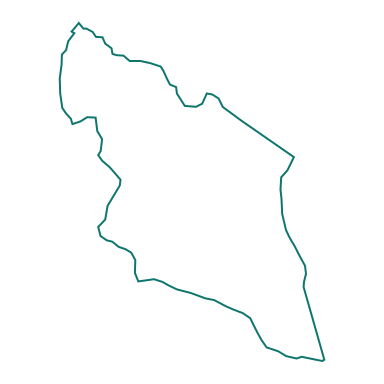 Apsiou, Limassol, Cyprus (Robinson projection), rotated 90°
{"feature_id": "46923920B22530470704850", "entity_name": "Apsiou", "entity_type": "district", "adm_level": 2, "iso_a3": "CYP", "parent_name": "Cyprus", "parent_adm1": "Limassol", "projection": "robinson", "projection_center": [33.025, 34.799], "detail": "fine", "context": "isolated", "style": "outline", "palette": "teal", "viewbox_px": 384, "rotation_deg": 90, "n_neighbors": 0, "source": "geoboundaries", "source_scale": "gbopen_adm2", "svg_char_len": 1420}
<svg xmlns="http://www.w3.org/2000/svg" viewBox="0 0 384 384"><g transform="rotate(90 192 192)"><path d="M157.1,90.1L120.9,142.3L107.0,161.2L98.5,165.4L94.5,171.7L93.5,177.2L103.7,181.8L106.8,188.0L105.9,199.2L93.5,207.1L87.1,207.9L84.6,214.0L78.8,217.0L71.1,220.5L66.6,223.2L63.2,233.5L61.0,243.6L61.0,254.3L55.6,260.6L55.2,267.3L53.9,271.5L48.3,272.5L48.2,272.6L43.6,278.8L37.3,281.5L36.9,288.0L31.9,291.4L28.6,297.6L28.6,300.6L23.0,305.2L23.3,305.4L29.5,310.6L31.6,312.4L33.2,309.7L41.3,315.8L50.1,317.9L54.5,322.1L64.3,322.4L78.9,324.3L83.0,324.1L93.5,323.8L108.0,321.7L113.3,318.1L118.8,313.1L121.7,312.3L124.1,311.5L121.4,303.5L117.2,296.8L117.6,288.4L131.1,286.7L139.2,281.9L151.0,283.3L155.1,285.8L160.8,281.8L167.1,274.4L171.2,270.8L179.7,263.5L185.5,264.2L197.5,271.4L205.8,276.4L219.6,278.8L226.9,285.8L234.7,283.8L236.0,283.5L240.3,277.3L241.7,271.7L246.9,265.3L249.2,258.5L252.6,252.8L260.0,248.7L272.9,249.1L281.4,245.7L280.3,237.6L279.2,230.0L281.9,221.6L285.2,215.8L289.4,207.1L292.9,193.5L298.3,178.8L300.1,169.8L306.2,158.3L309.5,150.7L313.2,141.1L318.2,133.8L331.7,127.1L339.9,122.6L347.4,117.4L351.3,105.7L356.1,97.9L358.5,87.4L356.8,82.4L361.0,61.7L359.7,59.7L287.0,80.4L281.9,80.0L273.8,78.0L265.7,79.0L260.7,81.8L253.2,85.8L246.2,89.3L240.1,93.0L236.0,95.2L230.1,98.0L213.9,101.8L198.9,102.5L189.7,103.5L177.3,102.8L170.2,96.5L157.1,90.1Z" fill="none" stroke="#0f766e" stroke-width="2"/></g></svg>